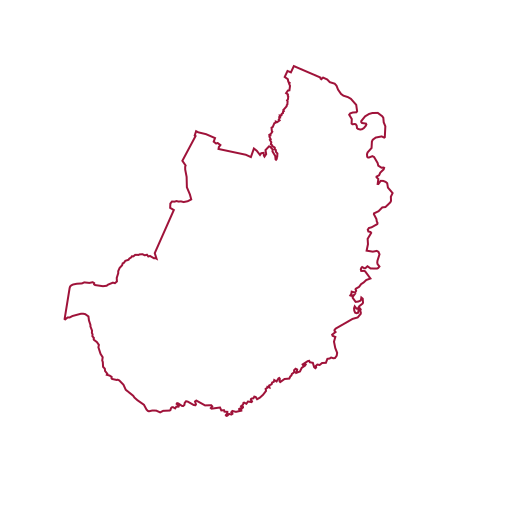 outline of Dau Tieng, Bình Dương, Vietnam, rotated 220°
{"feature_id": "81297802B65073062645065", "entity_name": "Dau Tieng", "entity_type": "district", "adm_level": 2, "iso_a3": "VNM", "parent_name": "Vietnam", "parent_adm1": "Bình Dương", "projection": "mercator", "projection_center": [106.434, 11.318], "detail": "fine", "context": "isolated", "style": "outline", "palette": "rose", "viewbox_px": 512, "rotation_deg": 220, "n_neighbors": 0, "source": "geoboundaries", "source_scale": "gbopen_adm2", "svg_char_len": 6101}
<svg xmlns="http://www.w3.org/2000/svg" viewBox="0 0 512 512"><g transform="rotate(220 256 256)"><path d="M344.1,184.4L346.3,182.3L346.6,181.4L349.3,179.2L349.7,176.9L350.9,176.0L350.7,174.8L351.4,172.5L351.2,171.2L353.0,168.3L352.8,165.9L353.4,164.7L352.6,162.8L352.8,159.2L351.8,155.8L350.5,154.3L348.6,149.7L346.2,147.1L346.6,144.5L348.5,143.6L350.9,139.0L351.3,137.2L353.8,134.5L360.6,130.3L361.8,130.2L362.5,131.2L364.3,130.9L366.3,128.3L370.6,125.4L371.7,123.1L375.4,119.6L377.8,116.6L378.6,114.8L378.8,113.2L378.2,111.7L362.1,84.7L361.4,84.8L360.8,87.8L359.2,89.2L358.0,92.1L353.1,99.1L351.3,100.7L349.4,101.7L345.5,102.0L342.6,99.3L338.4,96.7L337.7,95.7L333.6,93.4L332.3,91.6L330.8,90.9L329.8,89.4L327.5,89.0L327.0,88.0L326.3,87.6L322.6,87.8L319.2,86.9L318.1,84.8L312.2,81.1L308.4,79.9L306.7,77.2L305.2,76.3L301.9,72.8L299.4,72.5L297.7,70.9L294.2,70.2L293.9,69.1L291.3,70.3L288.9,70.6L288.0,69.4L287.2,69.3L283.0,71.5L282.5,72.3L280.8,72.8L274.8,72.2L269.8,69.8L260.2,70.0L258.1,69.4L254.2,69.3L246.2,70.0L241.2,68.0L239.3,67.8L238.2,68.2L236.1,71.0L233.1,73.4L228.9,74.6L227.6,77.7L222.8,82.1L222.5,82.9L223.3,84.8L223.2,86.0L222.5,86.8L220.0,87.3L220.2,89.4L218.5,90.8L218.8,91.7L221.7,91.7L221.8,92.6L220.8,93.1L216.3,93.6L215.4,94.2L215.1,95.8L216.2,97.7L216.2,99.8L214.6,100.6L208.0,101.8L206.5,102.7L206.6,103.7L209.2,105.4L208.8,106.9L199.0,108.8L194.4,112.9L192.9,112.7L192.9,110.5L191.9,110.5L186.2,116.8L183.3,115.4L181.4,117.3L180.1,116.5L177.8,118.2L176.9,117.0L176.8,114.7L175.9,114.5L175.3,115.3L175.1,117.7L172.9,118.8L172.6,120.0L173.2,120.5L174.5,120.5L174.5,122.1L171.2,123.7L167.8,128.1L168.4,128.7L170.0,127.6L170.6,127.9L170.5,128.5L168.8,130.3L168.6,131.6L168.9,131.9L170.2,130.9L170.9,131.2L170.4,133.8L171.2,135.5L170.8,136.1L168.4,136.6L168.6,139.4L165.5,141.2L165.6,142.1L167.5,142.5L167.9,143.1L167.7,144.0L166.5,145.3L166.9,147.2L165.6,147.8L163.1,147.0L162.0,149.9L161.4,154.2L161.6,159.1L163.2,160.4L162.7,161.9L163.2,163.1L161.1,163.9L162.7,165.2L161.6,167.8L162.3,169.4L161.5,171.1L162.3,172.7L159.6,173.1L160.1,176.7L159.8,177.5L158.9,177.3L157.3,175.1L156.4,175.0L155.1,180.1L151.7,183.5L152.3,185.7L152.1,187.3L152.7,188.7L152.0,191.4L153.4,193.0L153.2,195.1L151.5,195.5L150.8,194.2L150.6,192.5L150.1,192.2L148.1,195.8L149.1,199.7L148.0,203.5L148.2,204.9L148.8,204.9L150.0,202.7L150.6,202.9L148.8,208.7L147.9,209.9L146.5,209.2L143.8,210.7L140.0,208.2L138.4,208.2L138.3,209.3L139.5,210.3L139.2,212.3L137.2,213.4L136.6,216.5L133.8,219.1L135.2,223.1L133.7,224.8L133.2,226.5L131.0,227.4L129.9,228.6L130.1,231.5L131.6,234.0L136.2,236.5L141.2,240.5L143.2,245.0L146.0,244.1L147.1,244.7L146.2,248.9L147.9,249.2L148.3,249.8L148.3,251.6L141.6,269.9L138.6,274.3L138.6,279.0L139.3,280.0L141.0,281.1L141.5,282.4L143.1,282.7L143.4,282.5L142.8,280.8L141.3,278.2L142.2,276.8L143.6,276.3L145.6,277.3L147.3,279.0L148.0,280.9L145.2,280.3L144.2,280.9L144.6,284.1L143.8,288.0L144.0,289.0L146.8,291.9L148.6,291.9L147.4,289.9L147.3,288.9L148.4,286.8L150.2,284.9L155.0,286.1L155.7,286.8L155.8,289.2L157.5,286.7L158.4,286.4L158.7,288.4L159.8,290.2L156.6,291.6L156.9,293.7L158.4,294.5L158.5,295.1L157.2,298.6L157.4,302.0L156.5,305.0L156.1,308.5L153.9,312.3L162.5,314.4L163.6,314.1L165.8,312.2L167.2,313.2L167.7,314.8L167.6,315.8L165.3,316.2L164.4,316.9L164.0,319.8L160.2,320.1L155.2,324.2L154.7,325.3L154.7,327.3L157.6,327.9L158.8,328.8L159.9,330.4L162.5,336.7L164.9,337.9L166.8,337.5L169.3,334.4L174.7,331.2L177.8,337.0L181.5,340.9L182.6,347.7L183.7,348.0L185.7,347.0L187.3,348.0L187.5,350.0L185.9,352.3L183.6,358.4L184.1,359.4L185.7,360.1L187.5,361.7L192.6,363.8L193.0,364.5L190.9,369.1L190.5,374.4L188.3,376.7L187.6,383.4L188.0,385.0L190.8,388.1L191.8,392.0L198.9,393.2L202.3,396.1L204.3,396.1L206.8,395.3L208.8,393.7L208.5,389.8L209.1,389.4L211.8,393.6L214.3,393.8L214.7,394.3L213.6,397.0L214.4,399.8L213.9,404.4L214.5,405.9L215.1,405.8L216.6,404.3L220.4,403.8L222.6,405.4L229.1,407.7L231.0,407.3L232.8,404.0L233.6,403.4L234.6,403.5L236.4,405.3L237.1,407.1L236.9,413.0L240.8,418.2L241.3,420.1L240.4,423.7L236.6,428.4L233.9,429.1L233.7,429.8L240.3,438.5L244.1,440.5L247.3,443.7L249.1,444.2L254.7,443.9L258.8,440.3L260.7,437.5L262.2,433.1L262.1,427.1L261.6,426.3L260.3,426.0L256.9,428.1L256.0,427.7L255.6,426.3L255.6,423.4L256.2,421.4L257.4,419.9L259.6,418.9L260.8,418.9L262.7,420.6L264.2,421.0L265.1,420.7L266.8,418.9L267.9,418.9L270.7,422.5L275.4,424.1L275.5,425.8L274.1,428.1L271.5,430.6L271.6,431.9L276.4,436.2L284.3,437.4L287.7,436.8L292.1,435.0L295.0,434.8L300.1,436.2L303.8,438.2L306.5,438.6L311.2,436.6L314.9,437.0L319.3,435.8L319.6,433.4L320.6,433.4L321.4,434.1L349.1,425.8L347.3,419.1L350.8,418.0L349.1,411.6L345.3,411.9L343.2,410.2L341.5,410.2L341.5,409.3L339.3,408.2L336.9,404.4L337.9,403.3L337.6,400.1L335.4,400.3L334.6,399.1L333.9,399.0L332.3,396.7L332.2,395.1L331.3,394.9L329.4,392.3L329.4,391.3L328.8,390.4L328.9,385.3L327.8,384.9L328.0,383.8L327.2,382.8L327.7,381.5L327.0,380.3L328.1,379.1L327.3,378.8L327.5,378.2L326.7,377.7L327.3,377.1L326.3,376.2L326.2,375.1L325.1,375.0L325.8,372.2L327.3,371.7L326.6,370.8L327.3,369.5L326.1,365.6L326.6,364.3L324.2,361.9L323.4,361.7L323.1,359.1L323.6,357.6L322.5,357.4L322.9,356.5L322.2,355.9L319.8,354.9L320.0,353.9L317.4,353.0L316.5,351.2L315.3,351.3L314.1,350.7L311.6,351.1L311.0,350.9L310.2,349.7L308.9,349.9L307.7,348.6L305.5,348.3L303.5,345.6L303.6,344.6L302.9,344.3L302.5,343.4L302.5,342.6L303.1,342.6L305.6,345.0L310.6,346.7L311.7,348.3L315.3,348.8L316.5,348.4L316.8,343.2L313.7,340.6L313.4,337.6L314.5,338.0L316.5,339.9L318.1,338.1L317.9,336.0L323.1,337.1L326.7,337.0L323.5,328.5L328.9,327.0L353.5,313.9L354.5,315.6L354.6,318.1L358.0,317.9L358.9,316.5L361.9,316.4L363.2,320.0L372.6,317.2L379.8,313.6L382.1,313.1L380.4,308.9L379.4,309.0L373.6,281.6L368.1,280.1L367.6,278.8L365.8,276.7L360.0,272.0L353.1,264.2L346.1,260.6L342.0,257.7L343.5,254.1L346.1,250.8L348.6,249.6L350.3,247.9L352.2,247.0L353.3,245.3L355.4,243.7L355.3,241.1L352.7,237.7L348.5,238.4L335.4,193.1L330.5,190.0L331.8,189.7L332.6,188.7L337.2,187.9L338.2,186.4L340.3,186.9L341.7,185.0L344.1,184.4Z" fill="none" stroke="#9f1239" stroke-width="2"/></g></svg>